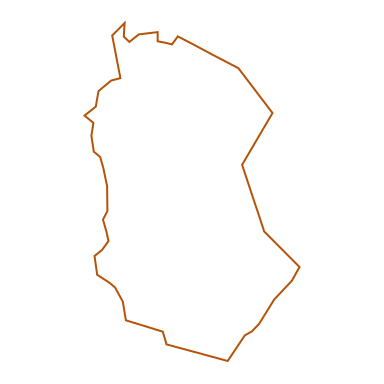 Dom Pedro de Alcântara, Rio Grande do Sul, Brazil (Equal Earth projection)
{"feature_id": "56859067B47618181554929", "entity_name": "Dom Pedro de Alcântara", "entity_type": "district", "adm_level": 2, "iso_a3": "BRA", "parent_name": "Brazil", "parent_adm1": "Rio Grande do Sul", "projection": "equal_earth", "projection_center": [-49.866, -29.366], "detail": "fine", "context": "isolated", "style": "outline", "palette": "amber", "viewbox_px": 384, "rotation_deg": 0, "n_neighbors": 0, "source": "geoboundaries", "source_scale": "gbopen_adm2", "svg_char_len": 703}
<svg xmlns="http://www.w3.org/2000/svg" viewBox="0 0 384 384"><path d="M227.7,361.0L244.8,335.4L252.0,331.3L259.2,323.7L274.2,299.5L291.9,280.7L299.5,267.0L264.2,231.5L258.5,214.1L255.7,205.9L242.1,164.8L272.5,113.0L238.4,68.2L213.0,55.0L194.2,44.9L177.8,36.4L172.0,44.4L165.6,42.8L157.7,41.3L157.6,32.1L138.8,34.4L129.4,41.9L123.8,36.7L124.6,23.0L112.2,35.5L120.4,78.1L111.1,80.6L98.5,91.1L95.8,106.6L84.5,115.6L93.4,122.9L91.4,135.7L93.8,151.7L100.2,157.0L103.3,168.0L107.1,186.0L107.4,211.0L103.0,219.6L106.5,232.0L108.5,241.1L101.9,250.1L94.5,256.0L97.2,274.8L109.1,282.5L115.0,287.4L122.8,301.6L125.9,320.3L162.8,331.7L166.5,344.4L227.7,361.0Z" fill="none" stroke="#b45309" stroke-width="2"/></svg>